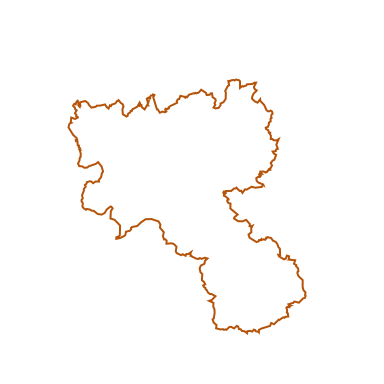 outline of Atenguillo, Jalisco, Mexico, rotated 287°
{"feature_id": "50627088B60937444103657", "entity_name": "Atenguillo", "entity_type": "district", "adm_level": 2, "iso_a3": "MEX", "parent_name": "Mexico", "parent_adm1": "Jalisco", "projection": "albers", "projection_center": [-104.544, 20.339], "detail": "fine", "context": "isolated", "style": "outline", "palette": "amber", "viewbox_px": 384, "rotation_deg": 287, "n_neighbors": 0, "source": "geoboundaries", "source_scale": "gbopen_adm2", "svg_char_len": 6028}
<svg xmlns="http://www.w3.org/2000/svg" viewBox="0 0 384 384"><g transform="rotate(287 192 192)"><path d="M308.8,194.3L304.9,196.3L303.9,195.3L298.2,194.2L297.2,195.2L290.9,197.0L287.0,195.8L285.0,193.4L283.3,193.9L280.2,192.9L278.8,190.0L279.0,187.9L282.2,188.8L283.4,187.6L286.3,188.0L287.6,187.3L288.8,183.9L292.2,182.3L291.8,181.1L290.2,180.5L289.0,177.7L290.9,176.3L292.5,170.9L289.1,169.4L287.7,167.5L287.8,166.1L286.9,165.5L286.8,164.5L284.1,160.6L281.1,159.5L281.4,158.4L280.2,157.9L280.8,156.7L280.6,152.8L277.1,152.6L276.5,151.4L274.5,150.8L273.0,151.7L267.8,146.1L266.3,145.1L265.4,145.5L265.1,144.7L264.1,144.5L263.9,142.3L262.7,142.4L261.5,143.9L260.4,143.0L260.2,140.2L258.4,138.1L261.0,135.1L260.8,134.3L271.2,127.3L273.8,127.7L273.9,126.2L272.7,126.0L272.4,124.6L271.8,124.3L270.7,124.1L269.3,124.7L268.7,123.9L269.5,122.9L268.1,121.5L266.2,122.6L266.3,124.0L265.1,123.4L264.7,124.1L263.0,123.8L262.0,124.8L261.6,123.6L257.1,122.5L258.5,119.2L260.2,118.3L259.3,117.0L260.9,116.9L262.2,115.8L257.5,114.7L253.5,110.7L252.0,110.8L251.6,109.6L250.1,109.7L248.4,108.1L245.8,108.1L245.0,107.2L246.1,103.2L250.6,101.3L253.8,101.5L255.7,100.0L256.3,97.9L258.3,95.0L257.6,94.8L257.4,93.9L254.3,92.8L252.2,89.8L250.5,89.4L250.9,88.2L247.4,87.8L248.4,85.4L250.3,83.2L247.8,79.0L246.7,75.7L245.3,75.0L243.3,71.2L244.9,68.3L246.7,66.5L247.8,63.3L245.5,59.4L244.0,58.8L242.1,60.0L240.5,59.9L241.5,58.1L245.4,56.8L245.8,55.8L244.1,55.1L241.8,55.2L241.9,53.7L239.7,53.0L238.3,55.5L236.9,56.2L236.4,57.8L233.0,57.0L232.0,58.8L230.6,59.1L230.4,60.6L229.8,61.0L227.6,58.7L227.9,54.8L223.6,55.6L223.1,56.6L222.0,55.2L220.7,54.8L217.7,55.0L211.8,61.7L209.9,65.8L208.7,66.7L207.7,65.6L206.6,66.3L207.0,67.6L203.2,69.1L203.3,70.4L201.6,70.6L201.1,72.2L199.8,71.8L199.5,72.8L199.2,72.4L196.2,74.4L192.8,75.2L191.9,74.7L189.1,75.2L185.9,74.7L183.8,76.5L184.4,79.7L183.7,82.0L184.9,84.9L186.3,85.6L190.7,91.7L193.1,93.5L189.8,98.2L185.5,101.0L183.6,100.3L179.7,100.8L176.1,99.3L174.8,100.0L173.8,96.6L171.5,94.9L172.6,92.6L172.3,91.0L170.7,88.6L169.1,88.7L167.4,87.5L166.1,88.8L163.2,87.7L161.5,88.2L156.7,87.8L153.9,89.4L152.0,88.7L150.5,89.3L150.1,90.3L148.9,91.0L145.9,91.5L144.7,93.3L144.0,95.7L145.0,96.2L145.4,99.9L144.8,101.1L145.2,103.6L143.4,108.3L144.0,112.3L146.4,114.6L150.3,115.6L154.1,118.1L154.4,119.0L153.2,120.9L149.8,120.0L142.8,121.8L142.8,126.1L138.9,133.0L129.7,135.6L128.0,134.9L126.6,132.9L125.1,133.3L127.0,136.7L130.0,139.9L131.3,140.8L134.7,140.5L136.8,143.9L138.7,144.7L139.9,144.2L141.0,144.9L143.4,149.5L148.2,152.2L152.4,155.6L154.3,161.3L154.1,168.6L151.6,171.3L148.5,171.8L145.3,176.8L141.3,177.1L138.5,179.1L139.0,179.8L138.2,181.9L135.1,182.7L136.8,187.1L137.1,188.8L136.5,190.8L135.1,193.2L130.5,193.8L129.1,195.2L128.4,200.1L129.8,201.3L129.1,204.5L131.0,204.7L131.4,206.4L134.1,208.6L132.1,208.3L131.1,209.7L130.5,209.4L129.5,215.7L129.9,217.9L131.1,218.7L130.9,220.8L132.9,223.5L132.9,226.2L130.0,224.5L127.1,224.9L124.1,221.9L121.1,221.7L117.8,223.5L116.5,225.9L110.6,227.2L109.4,229.9L107.6,231.6L105.9,230.0L104.6,231.3L104.3,232.8L103.1,233.3L102.5,234.8L100.6,236.6L99.6,239.1L100.2,240.4L99.2,244.9L94.5,242.5L92.9,240.2L92.3,244.9L88.5,245.9L86.5,247.7L83.0,249.0L77.5,249.8L76.2,248.9L73.4,251.0L72.0,254.3L68.7,254.9L68.9,259.4L69.9,261.9L69.5,262.9L70.4,264.1L70.3,265.2L73.8,267.2L74.5,269.0L73.8,272.1L77.0,274.0L76.9,275.4L74.6,277.0L75.0,278.7L73.7,280.4L74.2,282.9L73.1,286.0L75.0,285.6L76.3,288.3L76.1,290.4L78.5,291.5L78.4,292.8L77.4,293.6L77.8,295.9L77.3,297.0L79.8,296.4L81.7,298.3L86.8,305.8L89.9,306.1L89.5,309.1L95.2,312.2L95.1,312.9L98.7,315.7L98.8,317.3L99.8,317.6L101.1,320.5L104.1,319.0L104.3,318.0L106.9,317.5L108.9,316.1L109.9,316.6L110.3,318.9L111.3,318.6L112.0,319.4L111.8,318.0L112.8,317.0L115.7,321.4L116.9,321.7L117.3,322.5L117.4,326.6L122.7,329.3L123.7,330.9L125.9,331.0L126.2,330.4L129.3,329.8L130.7,327.3L133.7,325.5L140.1,323.6L142.7,318.4L145.2,316.5L146.4,316.3L147.2,316.9L150.0,315.8L151.4,313.3L152.6,313.1L153.2,310.5L156.9,310.6L155.8,305.1L156.1,305.4L156.7,304.0L158.9,303.6L158.9,301.4L155.7,301.1L154.5,299.8L155.8,294.2L157.2,292.9L157.5,294.7L163.5,292.6L164.7,290.6L167.0,289.0L168.8,286.7L169.1,283.7L171.1,281.1L170.9,277.3L169.5,276.8L169.7,276.3L167.7,275.9L167.6,274.0L166.5,272.7L167.2,272.1L165.8,271.4L165.7,270.2L164.4,270.2L163.0,268.3L165.1,260.4L167.8,258.5L170.9,260.5L174.8,259.2L177.4,259.7L176.1,258.1L176.2,257.0L178.1,256.8L181.2,252.0L178.7,248.8L177.6,244.7L179.0,239.6L178.8,240.7L179.1,239.9L180.2,239.9L183.8,242.2L187.4,233.5L192.2,232.2L192.0,230.2L193.4,228.4L194.5,228.1L195.5,229.2L196.1,228.8L197.6,225.3L197.7,223.6L199.5,223.2L200.3,222.2L201.7,222.2L201.9,222.9L200.8,223.0L199.8,224.0L200.8,224.6L200.9,223.7L202.8,224.0L204.5,229.2L207.5,231.1L208.4,233.0L209.1,233.2L207.2,236.7L206.9,237.6L207.6,238.6L205.9,240.5L210.0,241.9L210.2,243.5L214.4,247.4L214.6,251.2L217.2,257.2L219.7,257.7L219.5,258.3L220.0,257.9L220.5,252.4L221.6,250.6L224.0,249.4L225.6,250.6L226.3,252.6L227.5,253.0L227.4,251.7L228.4,251.0L229.0,251.3L229.8,253.5L230.7,251.5L231.4,251.3L232.5,254.2L232.1,256.8L233.2,257.2L233.4,258.1L234.8,258.3L236.1,260.2L236.6,259.1L237.9,260.2L240.8,260.8L242.7,258.8L245.7,260.0L246.9,261.3L252.1,261.6L252.7,259.0L254.3,257.3L255.5,260.1L257.4,260.1L258.4,261.5L261.8,258.8L267.9,259.4L265.9,257.6L265.4,254.7L266.2,253.6L265.7,251.8L268.7,251.1L270.0,249.8L271.5,249.5L271.0,248.3L273.5,246.8L273.8,244.6L274.9,244.0L274.6,243.0L276.4,245.5L279.1,245.8L280.8,245.2L282.5,246.6L284.6,245.7L286.2,246.5L286.8,245.7L289.1,245.4L290.5,246.2L292.4,245.0L292.9,243.4L291.9,242.6L291.4,240.9L292.1,239.3L296.4,235.5L299.0,230.8L300.6,230.1L296.6,228.6L297.0,225.6L298.8,222.1L300.7,221.7L304.3,222.2L307.5,224.1L308.2,224.1L308.2,222.8L309.6,221.0L310.8,220.5L315.3,221.3L314.9,219.9L312.9,218.0L311.0,213.0L309.7,212.7L307.8,210.2L308.0,209.1L305.6,207.5L312.0,205.5L312.6,204.4L312.4,201.2L311.1,200.1L311.3,199.0L310.0,196.4L309.1,196.0L308.8,194.3Z" fill="none" stroke="#b45309" stroke-width="2"/></g></svg>